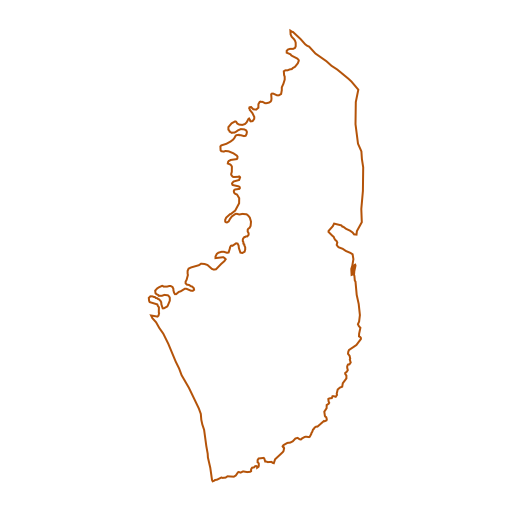 Ahuas, Gracias a Dios, Honduras
{"feature_id": "27666195B1442019449651", "entity_name": "Ahuas", "entity_type": "district", "adm_level": 2, "iso_a3": "HND", "parent_name": "Honduras", "parent_adm1": "Gracias a Dios", "projection": "mercator", "projection_center": [-84.342, 15.493], "detail": "fine", "context": "isolated", "style": "outline", "palette": "amber", "viewbox_px": 512, "rotation_deg": 0, "n_neighbors": 0, "source": "geoboundaries", "source_scale": "gbopen_adm2", "svg_char_len": 6073}
<svg xmlns="http://www.w3.org/2000/svg" viewBox="0 0 512 512"><path d="M358.3,89.7L351.4,81.5L348.5,78.8L337.2,69.5L331.5,65.8L326.4,61.2L315.4,53.5L309.1,46.6L307.2,45.8L305.2,44.3L300.6,39.1L293.0,32.0L292.3,31.9L290.4,30.7L290.6,34.4L291.6,36.7L294.1,39.3L295.1,40.9L295.7,42.8L295.7,46.3L295.0,47.9L293.1,48.9L289.9,48.9L288.0,49.5L286.7,50.8L286.7,52.7L290.5,54.3L291.2,55.3L292.1,55.9L297.2,58.5L298.5,59.8L298.8,60.7L297.8,63.3L295.0,66.8L292.7,68.1L291.8,69.1L289.8,69.4L287.6,70.3L285.4,70.3L283.8,71.3L284.1,75.1L284.7,76.7L284.7,79.6L283.4,83.8L281.8,87.3L281.8,90.2L281.1,94.0L278.9,95.3L277.0,95.3L273.2,93.6L271.9,93.6L271.2,94.3L271.5,98.8L271.2,100.7L270.6,101.6L269.0,102.6L266.4,103.2L265.1,103.2L262.6,101.9L261.0,101.9L260.4,101.6L259.7,101.9L258.4,104.2L258.4,107.7L256.2,109.6L253.3,109.3L251.1,107.0L249.5,107.3L249.2,108.3L249.8,109.3L249.8,109.9L252.4,113.1L254.3,117.0L254.2,118.9L252.6,121.1L250.7,121.4L250.1,120.8L250.1,120.2L249.1,118.5L248.5,118.9L246.6,122.4L245.0,124.0L242.4,124.9L239.2,124.6L237.3,123.6L236.1,121.7L235.1,121.4L231.6,123.3L228.4,127.1L228.4,129.7L229.3,130.6L229.6,131.6L231.9,132.9L232.5,132.6L234.4,132.6L236.3,131.6L237.9,130.4L240.8,129.1L244.3,129.4L246.2,130.4L246.9,132.0L246.5,134.2L245.6,135.8L244.0,136.1L240.8,135.2L239.2,135.2L238.9,134.8L236.3,135.2L235.4,136.1L234.4,138.0L233.1,139.6L230.6,141.5L226.4,143.8L221.3,145.4L220.4,146.4L220.6,150.3L221.3,151.2L223.8,151.6L225.4,151.0L228.6,151.3L233.4,153.3L236.8,155.6L237.5,156.6L237.4,158.2L236.8,159.1L230.4,160.0L229.8,160.6L228.8,160.9L228.1,161.9L227.8,163.5L230.3,164.5L231.3,165.5L231.9,166.7L231.8,171.9L231.2,173.8L231.2,174.7L231.8,175.7L232.7,176.7L233.7,177.0L238.5,176.8L239.1,176.4L239.8,176.8L240.1,177.4L239.1,180.0L233.6,181.5L232.4,182.8L232.0,183.7L232.6,185.0L238.7,186.4L239.6,187.0L239.9,188.0L239.3,188.9L235.1,189.5L234.2,190.1L233.8,191.1L234.1,192.7L235.4,194.0L236.7,194.3L237.3,195.0L239.2,198.2L239.1,203.3L235.2,210.6L230.7,214.1L230.1,214.1L226.2,217.6L225.2,219.8L225.2,221.4L225.5,222.0L226.4,222.4L227.1,222.4L228.7,221.4L230.0,218.9L231.9,216.4L235.5,213.9L237.1,213.9L239.3,214.5L242.5,213.9L246.6,214.3L248.2,215.6L249.8,217.6L251.0,221.7L250.6,225.9L249.6,227.8L248.3,228.7L247.7,229.7L247.7,231.6L248.6,233.2L248.6,234.8L247.3,236.4L246.0,236.4L245.1,237.0L244.4,237.0L243.1,238.6L242.8,239.6L242.8,241.2L243.4,242.1L243.4,243.7L244.3,244.4L244.3,245.3L245.2,247.3L245.2,249.5L244.6,251.7L242.3,253.0L240.4,252.6L238.9,248.1L238.6,245.6L237.6,243.6L236.1,243.3L232.5,245.8L231.9,245.5L230.9,245.8L230.0,247.4L229.9,248.3L228.6,252.5L227.0,252.8L223.9,251.8L221.6,251.8L218.4,252.7L216.8,253.9L215.5,256.5L215.5,258.1L223.2,257.2L224.4,257.9L225.7,259.2L224.4,261.1L221.2,263.9L216.0,269.3L213.8,269.6L211.9,268.9L207.5,265.0L204.6,264.0L201.1,263.7L198.9,265.2L191.2,267.4L188.6,268.6L187.6,270.9L187.6,273.7L187.9,275.0L186.6,279.8L185.6,281.7L185.6,283.3L186.8,284.6L189.1,285.0L191.0,286.3L192.2,286.6L193.8,288.2L194.1,289.8L192.8,290.8L190.9,290.7L186.5,288.8L184.9,288.7L180.7,291.3L178.8,291.9L176.2,294.1L174.9,294.1L174.0,292.5L173.4,290.2L173.4,288.9L172.5,287.0L170.6,286.0L169.3,286.0L167.1,286.6L163.6,286.6L162.6,285.9L162.0,285.9L159.1,287.2L157.2,288.4L155.2,290.6L155.5,293.2L156.5,294.2L158.4,295.1L158.7,295.8L161.9,295.8L164.4,294.9L167.9,295.3L169.2,296.6L169.8,297.8L169.8,300.7L167.8,305.5L167.2,306.5L163.9,308.3L162.7,308.3L161.4,304.5L161.2,302.2L160.5,300.9L159.0,299.3L158.0,299.0L157.4,298.3L155.8,298.0L154.8,297.0L153.9,297.0L152.6,296.4L150.4,296.3L148.8,297.9L149.1,300.8L149.7,302.1L157.3,304.4L157.9,306.0L158.9,307.3L158.8,312.4L159.1,313.1L158.5,315.6L157.5,316.6L151.1,315.5L152.4,318.2L156.1,322.3L159.3,328.0L163.3,333.7L168.3,343.8L175.7,361.6L179.1,368.5L181.6,375.2L188.9,387.8L198.8,408.4L200.8,413.9L201.3,419.8L202.3,424.4L204.1,429.8L206.3,446.0L207.7,453.8L207.9,457.4L210.3,467.9L212.0,479.9L212.7,481.3L214.4,480.6L215.0,480.0L217.0,479.7L221.4,477.5L222.4,477.9L225.6,477.6L227.5,476.3L233.8,476.7L235.8,475.5L238.0,472.3L238.7,472.0L240.6,472.6L243.1,471.4L247.3,472.1L250.1,471.8L251.1,471.2L251.1,469.3L252.1,467.7L254.0,467.4L255.3,466.1L256.6,466.1L257.2,467.1L257.2,467.7L258.5,466.8L258.8,465.8L258.8,463.6L258.2,462.6L257.6,462.3L257.6,461.0L257.6,460.1L258.6,458.5L263.7,457.9L264.3,458.6L265.2,461.5L266.2,461.5L267.7,462.1L271.6,461.9L272.5,462.8L273.8,463.2L275.1,459.3L282.8,452.1L283.5,451.1L284.1,448.3L283.8,447.3L283.2,447.3L282.6,446.3L283.5,445.1L287.4,442.9L290.2,442.6L292.8,441.3L295.4,438.5L297.6,437.9L299.5,439.2L300.8,439.5L301.4,439.2L301.7,438.6L304.6,437.0L305.9,436.7L309.1,437.1L309.7,436.8L311.3,433.9L311.3,433.3L312.3,431.7L313.0,429.5L313.6,429.2L314.6,427.6L316.2,426.6L317.5,426.6L323.9,421.0L324.5,421.3L326.5,420.4L326.8,419.4L326.5,418.1L326.2,417.2L325.2,416.5L324.9,415.9L324.3,411.7L326.6,408.2L326.7,405.0L328.6,403.8L329.2,402.8L328.6,401.5L328.3,399.0L329.3,398.4L331.8,398.1L332.5,396.2L333.8,396.2L335.7,396.8L337.0,394.9L336.7,393.7L337.7,389.5L339.9,387.6L342.2,386.7L342.8,383.2L346.4,378.4L346.4,375.6L345.2,373.9L345.2,373.0L346.8,371.7L347.8,370.1L347.2,367.9L347.2,366.3L347.9,364.7L348.2,364.4L349.4,364.4L350.7,362.5L349.8,359.6L350.2,358.7L349.6,355.8L348.0,353.8L348.3,351.6L349.0,350.0L356.4,345.0L360.9,339.0L360.9,338.0L360.3,337.1L359.0,336.4L359.1,333.8L360.4,327.8L358.9,326.2L357.9,324.2L359.1,321.6L359.9,315.1L358.7,304.0L356.7,294.9L355.5,281.7L354.8,280.5L354.4,275.9L354.0,275.0L354.3,271.2L355.5,265.6L355.2,264.7L354.6,265.0L352.9,268.6L352.3,273.7L352.1,274.7L351.6,274.9L351.3,268.9L352.3,265.7L353.4,259.2L352.6,254.3L350.4,252.9L345.9,251.0L342.7,248.8L338.7,247.3L337.8,246.5L336.7,244.9L337.3,242.5L336.4,240.8L335.4,240.1L334.4,238.6L333.6,236.7L332.6,236.0L328.5,231.9L328.6,230.9L332.8,226.2L334.1,223.6L341.4,225.4L342.4,226.7L343.4,226.8L346.0,228.8L349.9,230.6L352.6,232.5L354.1,234.4L356.5,234.6L356.9,231.1L361.8,222.2L361.3,209.0L362.9,191.0L363.2,167.4L361.9,159.0L361.4,151.4L358.0,143.7L355.5,124.2L355.8,102.0L358.3,89.7Z" fill="none" stroke="#b45309" stroke-width="2"/></svg>